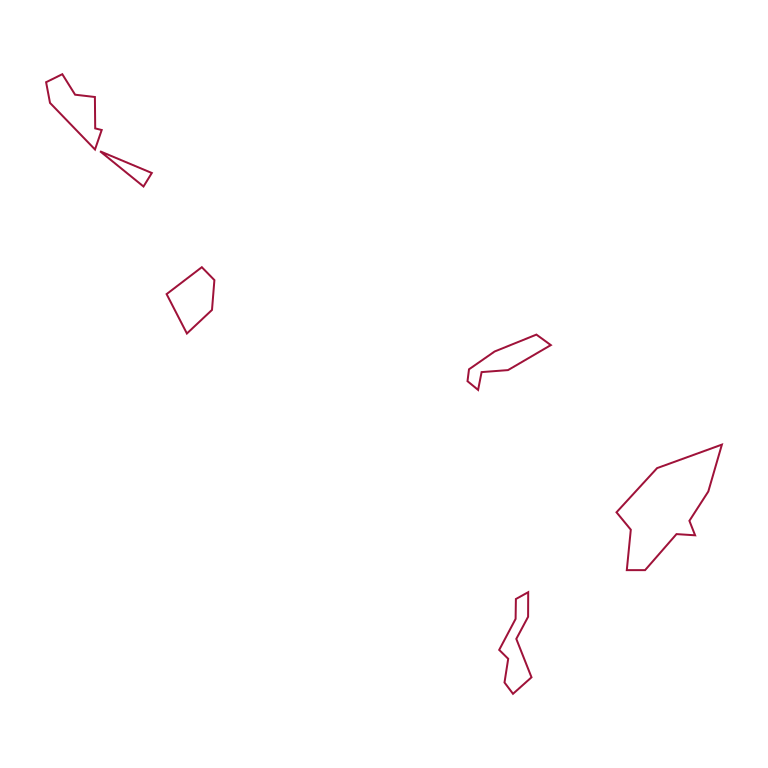 the border of Notio Aigaio
{"feature_id": "GRC-3013", "entity_name": "Notio Aigaio", "entity_type": "Region", "adm_level": 1, "iso_a3": "GRC", "parent_name": "Greece", "parent_adm1": "", "projection": "orthographic", "projection_center": [25.984, 36.675], "detail": "coarse", "context": "isolated", "style": "outline", "palette": "rose", "viewbox_px": 768, "rotation_deg": 0, "n_neighbors": 0, "source": "natural_earth", "source_scale": "10m", "svg_char_len": 721}
<svg xmlns="http://www.w3.org/2000/svg" viewBox="0 0 768 768"><path d="M721.9,444.6L708.3,491.5L689.4,520.8L695.1,535.3L676.5,534.1L645.1,570.1L626.8,570.1L630.8,529.7L616.5,512.3L657.1,468.1L721.9,444.6ZM201.8,267.2L214.4,280.1L212.0,309.9L186.9,333.5L166.6,294.1L201.8,267.2ZM101.7,130.0L95.0,149.5L50.0,102.9L46.1,82.2L62.3,74.2L75.1,94.7L94.9,97.0L95.2,128.4L101.7,130.0ZM516.3,638.9L531.5,677.3L513.0,693.8L504.5,682.5L508.2,658.8L499.2,649.9L515.6,618.9L515.9,599.0L528.2,592.2L528.1,616.8L516.3,638.9ZM536.4,334.6L550.8,345.1L508.0,370.1L481.6,372.1L478.1,389.9L467.5,381.2L469.0,369.3L494.6,351.5L536.4,334.6ZM143.5,186.5L100.1,151.3L151.8,173.0L143.5,186.5Z" fill="none" stroke="#9f1239" stroke-width="2"/></svg>